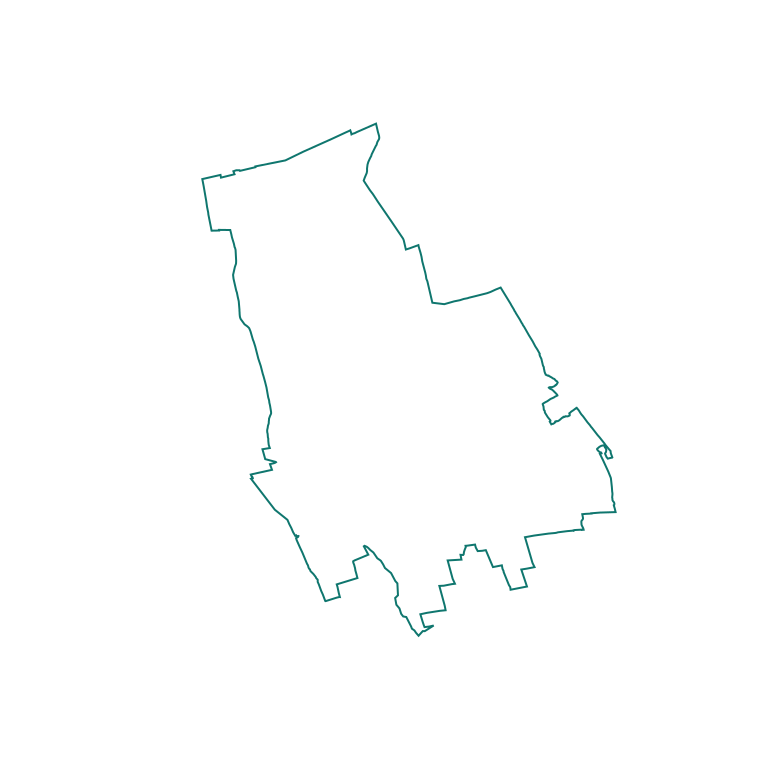 Havarna, Botosani, Romania, rotated 213°
{"feature_id": "2599482B1439153330194", "entity_name": "Havarna", "entity_type": "district", "adm_level": 2, "iso_a3": "ROU", "parent_name": "Romania", "parent_adm1": "Botosani", "projection": "equal_earth", "projection_center": [26.638, 48.055], "detail": "fine", "context": "isolated", "style": "outline", "palette": "teal", "viewbox_px": 768, "rotation_deg": 213, "n_neighbors": 0, "source": "geoboundaries", "source_scale": "gbopen_adm2", "svg_char_len": 6118}
<svg xmlns="http://www.w3.org/2000/svg" viewBox="0 0 768 768"><g transform="rotate(213 384 384)"><path d="M550.5,578.4L551.3,576.9L553.0,574.3L561.4,560.9L578.2,534.9L588.5,517.8L610.4,496.4L609.9,495.8L620.9,484.3L621.5,484.6L624.3,482.8L626.2,480.4L623.6,478.5L633.1,468.3L635.0,470.3L648.0,456.9L642.9,451.6L632.8,440.7L628.8,436.1L624.8,432.0L623.6,430.5L612.1,418.7L605.9,422.9L606.3,423.4L596.8,429.4L593.8,426.6L591.4,424.2L586.3,419.9L584.3,417.9L583.8,417.4L583.2,417.1L582.7,416.7L581.5,415.6L575.1,406.8L573.9,404.8L573.6,404.2L572.8,400.9L570.0,393.3L567.5,390.3L559.7,382.7L558.4,381.5L557.2,380.6L554.2,377.5L550.9,374.3L545.7,367.6L545.2,366.8L543.9,365.1L543.3,364.2L541.8,362.3L540.9,361.4L540.4,361.0L539.5,360.4L533.5,358.1L529.9,357.9L527.8,357.5L527.2,357.2L524.6,355.4L518.0,349.7L516.4,348.6L512.4,345.3L503.2,336.8L497.2,332.0L491.1,326.4L489.5,325.1L485.0,321.1L480.7,317.1L473.8,309.7L471.7,307.9L470.7,306.8L470.1,306.0L467.9,303.9L463.7,299.3L462.8,298.1L462.5,297.3L462.2,295.2L461.5,292.2L460.9,291.3L460.1,289.6L459.5,288.7L459.1,287.8L458.6,285.8L457.7,283.9L457.0,282.0L456.5,281.1L455.5,279.8L454.5,278.9L452.2,275.9L451.4,275.3L450.0,273.2L447.9,270.6L447.1,269.8L444.9,268.1L450.4,263.1L442.7,256.3L432.3,259.7L432.0,259.6L432.4,258.7L433.2,257.6L436.0,254.7L431.2,251.0L445.3,236.7L446.4,235.5L444.2,234.1L443.9,234.4L443.3,234.0L443.5,233.8L442.8,233.3L443.9,232.1L407.1,219.1L391.0,217.5L387.1,214.9L383.4,212.8L379.5,210.2L375.7,208.3L375.2,209.2L374.2,208.6L373.9,208.6L373.3,209.8L373.0,209.9L372.8,209.4L372.8,208.9L373.8,206.8L372.2,205.5L365.4,201.1L360.7,198.2L350.5,191.2L349.7,190.9L348.3,189.9L347.4,189.0L346.2,188.3L345.2,188.2L344.1,187.3L343.5,187.0L339.7,186.2L336.0,184.9L335.0,184.2L333.5,183.9L332.9,183.6L331.8,181.9L329.6,180.5L323.9,176.2L320.6,174.1L315.2,170.1L314.9,170.0L314.7,170.1L307.2,179.2L305.4,181.1L305.0,181.3L308.1,184.1L312.6,188.6L314.5,190.2L300.6,206.8L304.1,210.0L306.3,211.9L308.1,213.9L309.5,215.1L310.3,215.9L312.5,217.5L313.3,218.5L313.0,219.2L312.6,220.0L304.2,232.3L312.5,236.9L312.2,237.7L309.7,238.1L307.7,237.9L305.1,237.3L301.1,236.9L294.7,234.2L291.3,234.1L290.3,234.0L286.4,232.2L283.0,230.2L275.1,229.3L267.2,224.9L264.2,224.1L257.2,214.4L258.1,210.6L253.4,205.6L248.8,204.2L244.4,200.6L241.3,199.5L238.4,200.7L229.2,195.4L227.3,194.0L224.3,193.9L221.7,192.8L217.9,191.7L216.9,197.9L215.2,198.9L210.8,208.5L214.0,205.2L217.6,202.2L219.0,203.2L221.8,205.4L228.1,210.7L223.3,215.5L213.6,224.2L209.1,227.8L212.3,231.1L227.6,244.8L224.0,247.4L218.1,253.1L215.7,255.1L220.3,258.0L234.5,270.7L223.4,278.9L226.8,282.4L224.5,283.7L224.4,284.5L225.4,286.6L226.1,289.2L226.6,291.8L227.5,292.7L226.3,293.6L220.2,298.9L217.9,296.8L214.4,294.9L210.8,297.6L208.1,300.1L192.9,289.8L186.4,296.1L183.9,293.5L181.8,292.2L181.3,291.5L169.7,283.4L167.5,282.4L165.8,280.4L153.8,292.0L167.8,303.2L163.7,306.9L158.0,312.4L162.0,314.8L182.3,332.3L175.6,338.6L164.5,348.2L159.4,352.2L158.3,353.2L157.4,354.3L150.3,360.3L145.6,364.0L145.2,364.1L145.4,364.5L144.5,365.4L138.9,369.5L138.7,369.3L137.2,370.5L138.3,371.5L141.1,373.1L141.8,373.7L143.5,376.0L143.8,376.9L143.6,378.6L143.8,379.5L144.4,380.3L146.8,382.8L144.3,384.8L139.5,388.3L139.7,388.5L132.7,393.9L120.0,402.7L122.5,405.1L125.3,407.5L125.1,408.1L125.6,409.1L126.1,409.6L126.6,410.0L128.2,410.5L129.2,411.1L129.8,412.0L130.9,413.2L132.2,415.7L133.0,416.9L134.0,418.0L136.8,421.7L142.1,428.2L142.8,428.9L148.2,432.7L159.3,439.7L164.9,443.0L163.8,444.3L164.5,444.8L166.0,444.4L167.4,444.5L168.9,444.9L169.6,445.2L169.9,445.5L169.9,445.9L169.1,448.6L168.1,450.5L166.5,452.1L166.2,452.2L165.8,452.2L164.6,451.5L164.1,451.1L163.2,451.0L162.6,450.5L161.8,450.0L161.5,449.5L160.8,447.8L160.8,446.3L160.6,445.9L157.5,443.9L155.6,443.3L154.5,444.6L152.5,446.6L152.5,446.8L156.0,449.4L156.8,450.3L157.5,451.2L159.0,451.6L165.4,453.6L166.5,454.1L174.2,456.7L177.1,457.5L186.0,460.6L186.9,460.8L188.8,461.6L192.5,462.7L199.4,465.3L201.9,466.0L203.6,466.7L206.1,467.9L209.5,469.0L209.7,468.8L209.7,468.5L209.8,467.6L210.1,467.4L210.4,466.7L210.7,465.6L212.0,462.6L212.2,461.3L212.6,460.7L212.6,460.3L211.5,459.4L211.2,459.0L211.2,458.6L212.0,457.3L212.7,456.6L214.1,455.9L214.5,454.9L214.7,454.7L215.0,454.8L215.7,454.2L215.7,453.9L215.7,453.2L216.2,452.7L217.1,449.4L217.6,448.2L218.1,447.4L219.3,446.7L219.8,446.0L220.0,445.7L219.9,445.5L219.5,445.3L220.0,443.7L220.5,442.7L221.3,442.0L221.7,441.3L224.5,442.7L224.3,443.7L224.6,444.1L228.6,445.4L233.3,447.6L233.9,448.1L234.4,448.8L234.8,449.1L235.9,449.4L237.9,451.9L240.0,453.6L240.0,453.9L239.7,454.7L238.7,456.7L237.7,458.4L236.2,462.1L234.2,465.2L233.9,466.1L232.3,468.8L232.9,469.3L235.7,470.0L237.3,470.3L237.9,470.5L240.2,470.8L241.8,470.5L242.5,470.5L243.8,470.7L243.8,470.8L243.2,471.7L241.2,473.0L240.1,474.6L239.4,476.2L239.6,476.3L239.6,476.5L239.0,477.6L239.1,479.8L240.2,480.4L241.8,480.4L243.8,481.0L245.4,480.7L247.3,480.8L248.5,480.6L249.1,480.7L250.0,480.5L250.4,480.7L251.0,480.5L251.2,480.2L253.2,479.9L253.5,479.9L254.0,480.4L254.7,480.7L256.2,481.9L257.2,483.0L258.3,484.0L259.2,485.2L260.5,485.9L260.9,486.2L265.7,490.8L268.4,492.4L269.6,493.4L269.8,493.7L269.8,494.1L270.1,494.3L270.5,494.5L274.1,496.4L277.7,498.0L282.5,500.7L289.0,503.8L297.7,508.3L299.5,509.0L300.7,509.8L301.8,510.2L305.5,512.2L311.9,515.2L313.3,516.0L314.6,516.5L315.4,517.1L320.3,519.5L321.5,520.2L338.7,528.4L341.8,524.0L344.8,519.2L347.0,516.3L356.0,506.6L359.6,502.8L360.7,501.4L363.4,498.8L366.0,495.6L370.2,491.5L376.9,483.8L387.7,478.5L403.6,493.8L405.8,495.3L407.9,497.7L410.0,499.8L418.7,507.7L421.8,511.1L424.8,513.9L429.4,517.8L430.6,519.0L430.8,519.2L436.2,512.0L438.9,508.7L445.2,514.8L446.0,515.5L447.2,516.3L466.6,524.5L488.4,533.5L496.7,537.2L501.2,538.8L509.4,542.4L511.8,543.5L512.5,546.4L513.4,551.5L514.2,553.4L515.6,555.5L517.3,559.0L518.1,561.7L518.7,565.8L518.9,568.3L519.4,569.8L520.5,579.0L520.5,580.6L520.9,581.7L521.4,583.6L521.5,586.3L521.7,587.1L522.2,588.1L523.3,589.4L526.5,592.2L532.5,598.0L544.0,580.5L545.2,578.4L546.4,577.0L547.2,575.6L548.9,577.2L550.5,578.4Z" fill="none" stroke="#0f766e" stroke-width="2"/></g></svg>